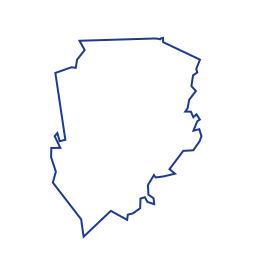 outline of Fayette, West Virginia, United States of America, rotated 77°
{"feature_id": "52423323B52467721983842", "entity_name": "Fayette", "entity_type": "district", "adm_level": 2, "iso_a3": "USA", "parent_name": "United States of America", "parent_adm1": "West Virginia", "projection": "albers", "projection_center": [-81.045, 38.041], "detail": "fine", "context": "isolated", "style": "outline", "palette": "blue", "viewbox_px": 256, "rotation_deg": 77, "n_neighbors": 0, "source": "geoboundaries", "source_scale": "gbopen_adm2", "svg_char_len": 851}
<svg xmlns="http://www.w3.org/2000/svg" viewBox="0 0 256 256"><g transform="rotate(77 128 128)"><path d="M77.6,42.5L52.3,74.4L48.0,73.7L48.1,75.8L48.8,76.7L47.8,78.6L46.8,81.8L32.1,155.6L42.3,152.7L49.9,162.2L57.6,165.4L56.1,169.4L58.0,186.4L125.4,191.7L125.5,197.5L117.0,198.0L119.5,201.3L132.1,198.4L130.2,207.2L139.1,209.5L154.3,208.1L164.3,213.5L206.4,194.2L223.9,195.7L204.9,163.4L217.3,149.5L212.4,147.7L212.3,142.4L208.9,134.2L199.6,131.7L199.2,127.2L204.4,125.7L208.1,119.6L202.2,118.9L197.6,123.1L188.1,121.4L179.7,113.3L182.4,112.2L183.2,104.1L183.1,92.5L177.4,96.8L162.7,79.3L164.4,69.4L157.0,61.2L152.5,58.3L145.2,58.8L145.3,64.8L137.1,59.1L135.9,56.1L130.1,58.2L132.2,61.9L126.2,63.1L124.9,68.5L122.0,65.4L114.2,62.0L107.2,53.5L101.5,56.8L91.4,52.8L89.5,48.0L85.8,48.2L77.6,42.5Z" fill="none" stroke="#1e3a8a" stroke-width="2"/></g></svg>